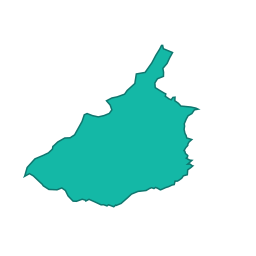 Filousa Kelokedaron, Paphos, Cyprus (orthographic projection), rotated 25°
{"feature_id": "46923920B93356137010006", "entity_name": "Filousa Kelokedaron", "entity_type": "district", "adm_level": 2, "iso_a3": "CYP", "parent_name": "Cyprus", "parent_adm1": "Paphos", "projection": "orthographic", "projection_center": [32.738, 34.858], "detail": "fine", "context": "isolated", "style": "filled", "palette": "teal", "viewbox_px": 256, "rotation_deg": 25, "n_neighbors": 0, "source": "geoboundaries", "source_scale": "gbopen_adm2", "svg_char_len": 1804}
<svg xmlns="http://www.w3.org/2000/svg" viewBox="0 0 256 256"><g transform="rotate(25 128 128)"><path d="M124.5,38.5L123.5,39.0L123.4,42.8L122.5,50.4L122.1,58.8L120.0,70.4L112.7,75.5L115.4,84.8L111.4,94.3L110.6,98.8L105.1,104.3L100.7,107.6L97.0,112.4L102.1,114.7L105.7,118.4L104.9,122.7L101.0,126.9L96.4,130.5L90.5,131.8L84.8,132.2L82.8,134.5L83.6,141.5L82.5,156.8L79.6,161.4L74.9,163.8L70.2,170.4L68.1,175.8L67.7,176.4L68.4,179.1L66.4,184.2L61.8,189.7L56.7,195.3L53.3,206.4L54.7,215.1L54.7,215.5L58.0,211.0L62.5,211.4L70.2,214.0L74.2,215.3L75.6,216.2L82.3,217.1L89.8,214.0L93.3,210.3L97.7,211.1L102.4,214.9L109.1,217.5L112.3,216.2L116.6,211.9L119.7,211.4L120.6,212.0L122.8,209.1L128.4,209.0L130.7,209.0L136.1,209.0L138.3,207.8L141.9,207.5L142.8,205.8L148.4,205.4L149.4,203.1L150.1,203.1L153.6,199.3L157.0,191.6L159.1,186.4L163.8,181.3L170.8,177.0L173.1,173.7L174.6,172.1L177.1,171.9L178.1,170.2L180.2,170.1L183.4,170.4L184.1,169.8L187.3,166.1L189.4,164.2L190.7,162.7L191.9,161.2L193.8,159.7L193.1,156.3L195.2,155.3L196.2,153.9L197.9,150.8L198.4,147.9L201.5,145.3L199.8,140.7L201.7,137.3L202.7,135.0L202.3,135.1L199.5,134.5L197.3,135.6L199.6,130.3L197.5,131.0L195.5,130.9L193.6,130.7L194.2,129.3L193.8,127.7L190.8,126.8L189.3,125.0L188.3,124.9L188.7,121.2L189.4,119.1L189.5,118.3L189.0,117.2L189.2,114.9L190.7,111.5L185.4,112.2L183.9,110.3L181.9,108.8L179.4,105.5L178.5,102.4L177.2,100.4L177.1,97.2L177.0,95.2L177.3,91.5L179.8,87.9L180.5,83.5L183.6,81.3L181.1,81.3L176.2,82.4L168.5,85.1L166.8,85.8L163.2,84.3L158.9,83.5L157.6,80.2L155.8,81.3L155.2,84.2L153.0,84.3L149.8,83.7L148.5,83.6L147.8,81.1L146.2,81.1L141.3,80.6L135.6,79.9L133.3,75.8L133.9,70.9L138.3,66.2L136.7,62.5L134.4,59.2L136.1,53.0L136.1,46.6L136.5,40.8L126.5,41.2L124.5,38.5Z" fill="#14b8a6" stroke="#0f766e" stroke-width="1.5"/></g></svg>